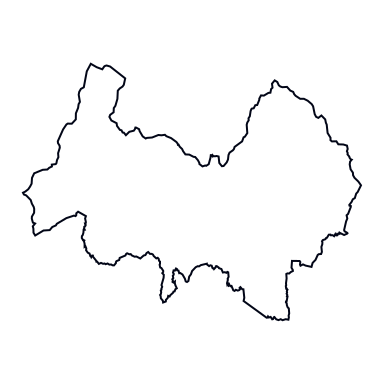 Archidona, Napo, Ecuador
{"feature_id": "8360857B80114747144377", "entity_name": "Archidona", "entity_type": "district", "adm_level": 2, "iso_a3": "ECU", "parent_name": "Ecuador", "parent_adm1": "Napo", "projection": "equal_earth", "projection_center": [-77.955, -0.716], "detail": "fine", "context": "isolated", "style": "outline", "palette": "ink", "viewbox_px": 384, "rotation_deg": 0, "n_neighbors": 0, "source": "geoboundaries", "source_scale": "gbopen_adm2", "svg_char_len": 5986}
<svg xmlns="http://www.w3.org/2000/svg" viewBox="0 0 384 384"><path d="M313.1,106.3L311.7,104.1L307.7,100.7L303.9,98.8L300.2,98.8L295.6,95.8L294.2,94.2L293.2,91.9L290.3,90.6L287.0,86.9L282.4,87.2L280.3,86.5L278.8,85.3L277.3,82.0L274.7,80.4L272.0,83.7L272.5,87.7L271.1,89.1L270.4,92.7L268.4,92.9L263.9,95.6L261.0,95.4L259.3,98.6L259.3,99.8L257.2,105.0L255.3,105.2L253.7,108.3L251.8,108.6L251.3,109.2L250.6,111.1L249.8,116.3L248.5,118.3L248.7,120.3L247.3,122.5L246.7,124.8L247.3,133.1L244.9,136.7L243.6,137.3L242.1,141.4L234.6,146.9L233.9,149.1L232.9,150.3L229.6,152.6L228.5,155.0L228.0,159.5L226.7,162.4L223.6,166.0L221.9,166.2L219.3,163.0L218.6,156.5L216.6,156.0L214.9,156.3L213.2,156.0L212.7,155.4L212.5,156.2L212.0,155.7L211.3,156.0L211.1,155.1L210.8,155.1L210.5,157.6L208.7,164.2L206.2,165.8L205.2,165.5L202.5,166.4L199.4,164.0L199.3,162.8L197.9,160.2L195.2,157.0L193.5,156.8L189.3,154.6L185.4,154.4L183.1,151.2L182.1,149.0L179.7,146.7L178.6,144.7L177.9,144.8L177.7,143.7L176.4,142.0L171.1,138.1L166.4,136.2L164.9,134.8L161.5,135.3L158.4,135.0L152.1,137.5L146.9,137.9L145.7,138.5L142.7,136.4L139.6,131.1L139.1,129.2L135.9,127.5L135.4,127.5L134.9,129.2L133.8,130.7L129.3,131.8L125.9,135.2L123.9,132.7L122.6,132.5L121.5,130.3L119.9,129.9L117.0,125.9L116.6,123.2L111.4,120.5L109.4,116.9L110.2,114.8L113.6,112.3L113.8,108.1L115.4,105.8L117.4,98.9L117.8,90.7L119.7,88.5L122.5,86.6L123.8,84.8L125.2,78.4L110.1,66.5L106.6,65.5L105.1,65.9L104.2,66.5L102.3,69.3L96.7,67.2L90.8,63.8L86.8,71.3L83.8,87.3L80.9,88.9L79.2,91.9L78.7,94.7L79.9,101.9L78.6,104.2L78.1,107.9L75.9,113.3L75.8,119.4L71.8,123.7L67.7,123.6L66.4,124.5L63.1,129.4L57.8,141.3L58.0,143.1L59.6,145.7L59.8,147.7L58.1,153.2L58.4,157.2L57.0,160.1L56.4,163.2L55.7,164.1L51.8,164.6L51.9,166.5L49.2,167.8L47.4,169.5L42.7,169.8L34.2,173.3L32.0,177.9L31.6,183.7L30.0,186.7L28.2,189.3L25.1,191.7L23.0,192.7L23.9,194.5L26.2,195.4L30.7,200.0L31.9,203.7L33.7,206.9L34.2,208.9L34.1,212.8L31.9,216.6L31.8,218.7L32.9,222.6L35.1,223.5L32.8,226.3L33.4,228.7L33.5,232.7L35.2,235.5L43.5,230.5L49.7,230.1L52.3,227.0L55.9,225.4L56.8,223.8L66.4,218.1L74.0,215.6L75.5,216.1L76.2,215.4L76.3,213.3L78.1,211.7L85.9,216.1L85.1,218.5L85.9,222.2L85.3,223.1L85.6,223.4L85.6,224.4L85.2,224.2L85.5,225.3L85.3,226.0L84.3,226.7L84.4,227.5L84.0,228.2L84.7,229.7L83.6,229.8L83.4,232.8L82.7,235.1L81.9,236.1L81.8,238.0L82.7,239.5L84.1,240.3L83.6,240.7L83.9,240.9L84.6,243.8L84.6,246.8L85.4,246.2L86.3,248.4L86.1,250.3L87.8,252.7L89.5,253.5L90.4,256.2L91.0,256.4L91.3,257.1L92.2,255.5L92.8,255.6L92.6,256.2L96.1,260.6L96.4,261.7L97.1,261.6L98.9,263.9L101.0,262.9L103.1,263.8L104.6,263.5L105.6,264.2L107.6,263.5L109.3,264.6L111.2,264.5L112.5,265.3L114.0,265.4L115.9,263.1L115.9,262.1L116.5,261.1L119.2,260.0L119.7,257.9L125.4,255.5L126.1,254.0L127.1,253.3L129.4,254.3L130.7,254.1L131.8,255.4L134.6,256.7L136.4,256.5L140.3,258.5L143.7,255.5L145.4,255.1L146.6,253.0L148.2,252.0L150.0,253.9L151.8,253.9L153.0,254.6L153.7,256.0L156.3,258.4L157.7,257.8L158.7,258.9L159.0,260.7L160.0,261.6L160.0,263.9L159.6,264.7L160.2,267.5L161.4,268.0L163.2,270.8L163.2,272.0L162.3,273.1L163.8,274.8L163.6,277.8L161.5,285.1L162.2,286.8L161.4,288.7L161.5,289.7L160.8,290.4L161.2,292.2L160.8,294.2L160.1,295.0L160.6,295.8L160.9,298.4L162.8,300.6L163.1,302.5L165.8,301.5L165.9,299.9L167.7,298.0L168.2,295.9L169.6,296.5L170.3,295.2L173.0,292.8L173.5,291.6L174.6,291.4L175.4,289.2L176.8,288.3L175.4,285.3L174.8,283.1L174.9,281.5L173.5,282.6L172.5,281.9L172.9,280.2L172.3,279.2L173.3,278.1L172.8,275.8L173.7,274.7L173.7,273.6L173.0,272.7L173.6,270.4L174.9,270.6L176.0,268.5L177.1,269.2L177.2,270.3L178.5,270.6L179.2,273.2L180.2,273.0L182.5,274.5L184.9,278.7L185.7,281.4L187.0,282.0L188.4,281.0L189.2,276.6L190.9,274.4L192.1,271.0L195.7,267.2L197.7,266.2L199.0,266.4L200.9,265.1L206.8,263.7L206.8,264.3L209.1,266.1L210.3,265.3L211.7,265.7L212.4,267.9L213.0,268.4L213.6,268.3L214.0,269.1L215.6,267.4L215.8,266.3L216.7,266.1L218.8,267.6L219.0,268.2L221.4,269.0L222.9,272.5L224.8,272.2L226.4,272.8L227.3,271.9L228.2,272.3L228.6,276.8L227.6,278.9L227.9,279.8L227.0,283.2L227.3,284.6L228.1,283.3L228.8,283.4L229.1,284.1L228.6,284.5L228.8,285.8L229.7,285.4L231.0,286.4L231.1,285.9L231.5,285.9L233.3,290.3L234.6,290.9L235.8,289.8L237.8,290.6L239.2,290.1L239.9,289.4L239.6,287.8L240.4,287.1L242.2,289.2L243.4,289.3L244.3,297.8L243.6,301.0L266.6,317.7L267.4,317.6L268.0,316.4L268.9,317.5L270.6,316.9L272.2,319.3L273.0,319.1L273.9,317.2L274.4,317.0L276.2,319.3L278.5,320.1L280.7,319.2L282.6,320.2L285.7,319.2L288.4,319.7L288.9,317.2L288.6,315.8L289.2,313.4L288.8,308.4L287.7,307.4L286.9,305.3L286.7,303.4L285.9,302.3L286.0,301.5L286.6,301.4L287.5,296.6L286.9,296.4L287.3,295.0L286.6,293.7L287.1,292.6L286.8,291.4L287.4,289.7L286.9,289.5L286.8,288.7L286.2,288.7L285.8,286.0L286.2,285.3L286.0,283.3L286.6,278.4L286.3,274.0L287.4,273.4L289.2,273.5L290.7,272.1L292.9,271.0L292.8,270.0L291.5,267.7L292.0,260.9L299.6,261.0L300.3,262.0L300.0,264.6L300.5,265.7L303.0,264.4L305.6,265.6L311.5,266.9L312.6,262.9L315.5,259.9L317.7,255.0L318.7,254.2L321.1,254.0L321.9,251.9L321.4,246.9L322.3,244.3L322.4,242.1L322.0,241.3L322.8,240.1L325.4,239.2L326.1,238.0L326.9,237.8L328.8,234.7L330.5,234.6L330.9,235.3L332.7,235.2L334.1,236.2L335.2,234.3L335.5,235.2L336.7,235.4L337.0,234.2L337.7,234.7L338.3,233.6L338.9,233.7L339.3,232.8L339.9,233.6L340.3,233.1L344.1,235.0L347.2,233.6L347.5,233.2L347.2,232.8L344.6,231.3L344.1,230.1L346.1,221.4L347.3,218.5L346.6,215.3L348.1,213.9L350.8,206.9L350.8,206.0L349.5,205.7L349.3,204.9L351.6,201.9L352.8,199.3L354.8,198.1L356.2,193.6L357.7,192.0L361.0,185.3L358.4,181.6L354.5,177.8L353.1,175.3L352.9,172.7L350.6,169.3L349.7,164.4L350.1,161.6L351.7,159.7L350.7,159.3L349.5,157.6L349.3,156.6L347.5,154.4L347.7,153.0L346.9,151.2L347.7,149.0L347.0,145.6L343.3,144.5L338.3,144.3L336.4,141.3L331.9,141.4L330.5,140.2L330.5,137.7L327.6,133.0L326.7,124.6L325.9,122.8L325.2,119.4L321.4,115.5L318.3,117.9L316.1,116.8L314.7,114.1L313.1,106.3Z" fill="none" stroke="#020617" stroke-width="2"/></svg>